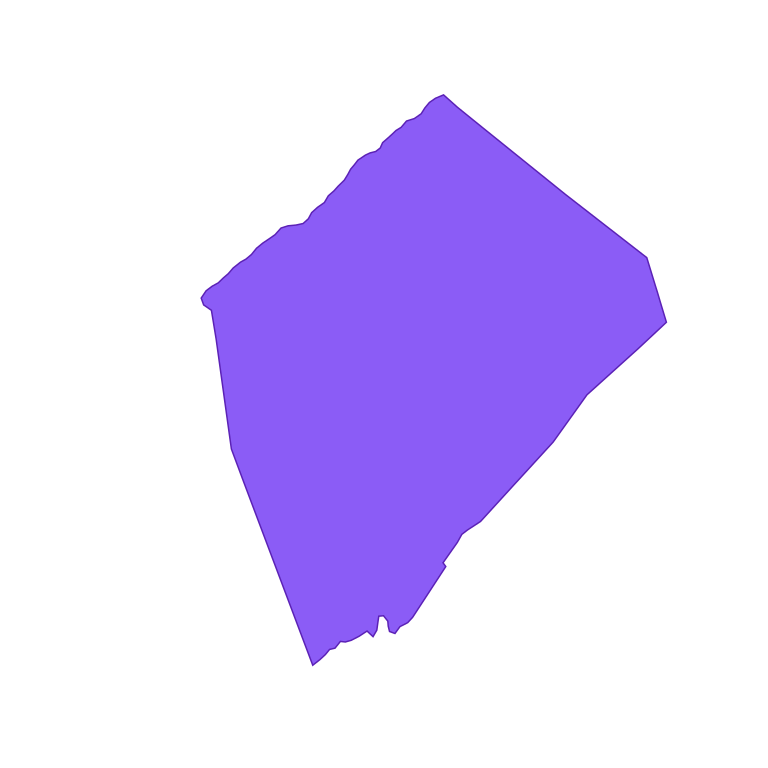 outline of Cafarnaum, Bahia, Brazil, rotated 214°
{"feature_id": "56859067B91218172071178", "entity_name": "Cafarnaum", "entity_type": "district", "adm_level": 2, "iso_a3": "BRA", "parent_name": "Brazil", "parent_adm1": "Bahia", "projection": "robinson", "projection_center": [-41.478, -11.714], "detail": "fine", "context": "isolated", "style": "filled", "palette": "violet", "viewbox_px": 768, "rotation_deg": 214, "n_neighbors": 0, "source": "geoboundaries", "source_scale": "gbopen_adm2", "svg_char_len": 1299}
<svg xmlns="http://www.w3.org/2000/svg" viewBox="0 0 768 768"><g transform="rotate(214 384 384)"><path d="M229.8,206.6L230.7,267.2L235.1,268.8L234.6,293.6L235.4,302.9L233.1,309.8L227.1,324.0L219.9,372.9L218.1,384.8L211.3,430.5L209.7,488.5L192.8,556.5L184.4,593.1L200.7,606.4L208.7,613.0L214.2,617.4L236.8,635.7L290.3,639.3L339.4,642.6L447.2,651.8L478.0,654.5L496.3,657.0L501.1,649.7L503.8,642.8L504.5,635.6L504.3,628.8L507.3,621.0L512.4,614.6L513.3,606.4L515.8,600.9L516.9,595.8L518.4,589.7L520.1,583.3L519.1,577.6L520.9,572.1L524.7,567.9L527.4,563.4L530.8,555.1L531.2,548.8L531.8,543.5L531.2,537.7L530.9,530.8L532.6,522.5L533.5,516.1L535.4,508.9L534.9,501.1L537.9,493.3L539.8,485.6L539.1,478.7L540.8,471.8L545.9,466.5L552.0,461.5L556.6,455.7L557.8,446.9L560.5,439.9L563.3,433.0L565.6,425.3L566.3,417.3L568.3,410.3L571.1,404.8L573.9,395.9L574.8,388.3L576.5,382.1L578.0,375.1L581.1,369.1L583.6,361.9L583.6,353.0L577.7,348.7L568.3,348.6L548.4,327.5L474.2,244.8L444.8,223.8L285.8,111.0L283.0,119.7L281.3,126.9L280.7,133.5L276.9,137.6L276.2,146.2L271.8,148.5L267.9,153.1L263.6,160.9L259.9,169.7L251.8,168.4L252.3,175.9L255.8,183.0L258.5,188.6L254.8,191.6L248.2,189.5L245.1,185.6L241.0,181.9L235.4,183.3L235.1,191.8L230.9,199.4L229.8,206.6Z" fill="#8b5cf6" stroke="#5b21b6" stroke-width="1.5"/></g></svg>